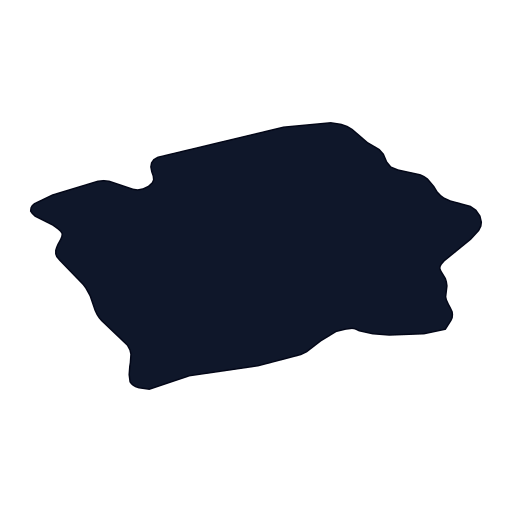 outline of Prague
{"feature_id": "CZE-1595", "entity_name": "Prague", "entity_type": "Region", "adm_level": 1, "iso_a3": "CZE", "parent_name": "Czechia", "parent_adm1": "", "projection": "natural_earth1", "projection_center": [14.449, 50.06], "detail": "fine", "context": "isolated", "style": "filled", "palette": "ink", "viewbox_px": 512, "rotation_deg": 0, "n_neighbors": 0, "source": "natural_earth", "source_scale": "10m", "svg_char_len": 1449}
<svg xmlns="http://www.w3.org/2000/svg" viewBox="0 0 512 512"><path d="M330.7,122.8L341.1,124.4L347.1,126.5L352.1,129.5L367.3,142.6L379.2,149.6L383.3,154.2L386.6,162.0L390.8,167.1L397.9,170.0L420.3,174.9L423.9,176.6L427.4,179.0L433.8,186.6L437.0,191.9L440.5,195.6L443.7,198.0L450.2,201.0L470.3,206.4L475.8,210.2L479.9,216.1L481.3,222.2L480.8,226.1L478.6,230.5L470.6,239.2L444.1,260.8L441.1,264.3L439.9,266.7L439.8,268.7L440.8,271.1L445.3,278.5L446.3,281.8L446.9,285.9L445.6,296.8L446.3,299.9L448.3,304.3L450.3,308.0L452.1,311.9L452.4,314.6L452.1,317.7L450.9,320.4L445.3,329.2L424.0,333.7L389.2,335.0L372.6,333.7L359.1,330.7L356.3,329.3L354.4,328.6L351.9,328.3L345.5,329.1L336.1,331.4L320.7,340.8L306.6,351.7L300.8,354.5L258.1,365.7L189.4,375.7L149.3,389.2L138.8,387.7L135.6,386.6L133.1,385.1L131.5,383.7L130.1,381.8L129.2,374.7L129.8,366.5L130.4,362.8L131.0,354.2L130.0,349.9L127.5,345.2L101.7,320.6L99.3,317.8L97.2,314.6L95.2,310.4L90.2,295.8L85.9,288.0L83.3,284.5L59.8,260.2L56.8,256.6L55.8,253.8L55.8,250.4L56.7,247.5L58.0,244.4L60.7,239.5L61.9,236.6L62.3,233.7L60.8,231.3L58.3,229.0L52.8,225.0L35.2,216.2L32.3,213.4L30.7,211.1L30.9,209.2L31.2,207.6L32.3,205.7L34.5,203.7L52.6,195.0L97.8,181.3L103.6,180.7L109.2,181.3L133.0,189.3L137.7,190.0L143.2,188.9L148.5,186.4L152.4,182.8L153.7,179.8L153.3,176.0L151.8,171.7L150.9,166.9L151.6,162.9L153.9,159.6L157.9,157.3L283.6,127.2L330.7,122.8Z" fill="#0f172a" stroke="#020617" stroke-width="1.5"/></svg>